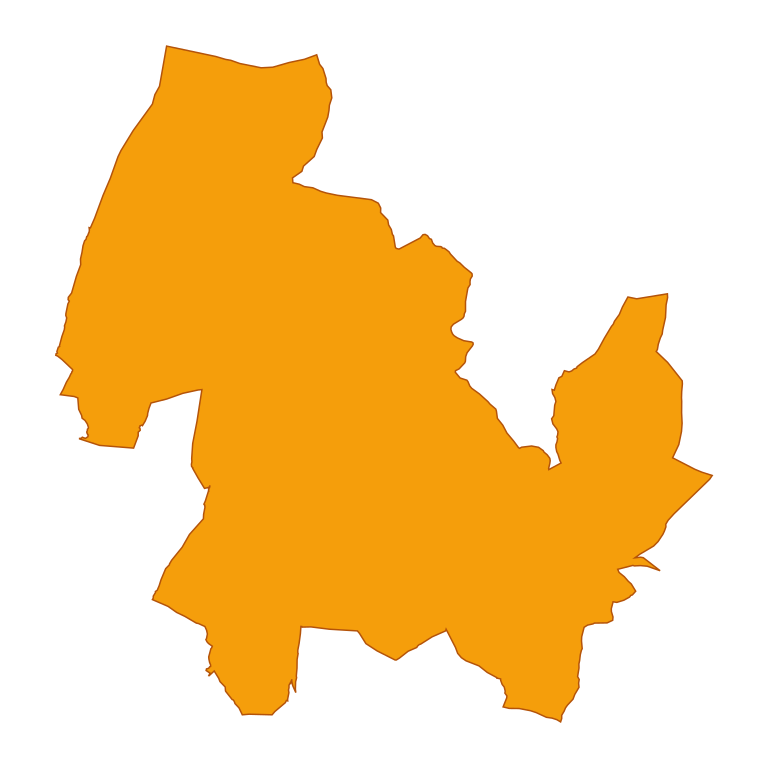 Vennesla nor, Vest-Agder, Norway (orthographic projection)
{"feature_id": "86288312B87147956600326", "entity_name": "Vennesla nor", "entity_type": "district", "adm_level": 2, "iso_a3": "NOR", "parent_name": "Norway", "parent_adm1": "Vest-Agder", "projection": "orthographic", "projection_center": [7.811, 58.34], "detail": "fine", "context": "isolated", "style": "filled", "palette": "amber", "viewbox_px": 768, "rotation_deg": 0, "n_neighbors": 0, "source": "geoboundaries", "source_scale": "gbopen_adm2", "svg_char_len": 6044}
<svg xmlns="http://www.w3.org/2000/svg" viewBox="0 0 768 768"><path d="M658.1,541.5L662.9,534.3L664.4,531.1L665.9,526.9L665.8,524.2L668.1,520.3L674.1,513.7L709.6,479.3L712.2,475.5L701.9,472.2L694.9,469.3L672.6,457.8L678.8,444.6L681.5,431.5L682.1,423.3L681.6,412.8L681.7,401.2L681.5,397.8L681.7,391.6L682.4,383.9L682.2,380.8L667.6,362.4L656.2,351.5L657.4,349.5L658.3,344.2L660.3,338.0L662.2,334.0L662.7,330.1L665.5,317.5L666.1,304.9L667.6,297.6L667.4,293.8L636.7,298.8L627.9,297.0L622.4,307.1L619.3,314.5L614.5,321.2L613.2,324.3L611.5,326.3L604.3,338.3L598.4,349.2L595.0,354.0L582.3,362.7L577.1,366.7L576.6,368.1L574.0,369.0L571.6,371.0L569.0,371.9L564.4,370.7L561.8,376.4L558.9,377.8L555.9,385.0L554.3,390.2L552.0,389.5L552.6,393.6L554.9,397.6L555.9,401.5L554.7,405.2L553.8,415.7L551.6,418.8L552.9,423.9L556.7,428.9L558.0,431.8L557.6,435.1L556.9,436.9L557.6,438.5L557.0,441.8L555.9,444.8L555.9,447.5L556.7,451.6L558.0,454.3L559.8,460.3L561.1,463.0L548.8,469.6L548.6,468.5L549.8,463.5L550.2,460.7L549.8,458.3L547.2,454.8L544.1,452.2L543.2,450.6L538.6,447.3L531.6,446.0L521.6,447.2L519.6,448.3L518.5,447.6L513.6,441.0L506.9,433.0L502.8,425.2L497.4,418.4L496.4,411.0L495.8,409.1L490.0,404.1L487.9,401.6L479.4,393.9L471.7,388.3L469.8,386.0L468.0,381.7L466.9,380.2L460.1,378.0L455.3,372.2L455.5,370.7L459.1,368.9L464.8,362.8L465.4,361.3L465.7,356.6L467.1,352.7L472.4,345.9L473.2,344.2L473.0,342.8L471.7,342.0L463.8,340.7L457.4,337.9L454.2,335.8L452.8,334.3L451.7,332.1L450.9,329.4L451.2,326.9L453.4,324.2L461.6,319.2L463.2,317.8L464.0,316.3L464.3,313.8L465.5,311.3L465.5,301.5L467.7,289.0L467.9,288.0L470.1,284.6L470.0,281.7L470.4,279.0L472.2,276.1L472.1,273.9L471.4,273.0L464.4,267.4L459.8,262.9L457.1,261.2L450.5,254.1L449.0,251.8L446.6,249.9L444.4,248.3L442.3,248.1L441.8,247.1L440.8,246.6L436.5,246.3L434.9,245.6L432.7,243.0L431.4,239.3L429.5,238.6L427.5,235.7L425.1,234.4L423.0,234.7L420.2,238.0L399.0,249.1L396.2,248.4L395.3,247.1L393.5,235.9L392.4,234.4L391.3,229.5L388.6,224.9L387.8,220.1L380.6,212.6L380.7,208.0L378.3,203.2L371.5,199.7L337.4,195.3L326.3,193.0L320.7,191.3L312.9,187.8L304.3,186.6L299.3,184.2L292.9,182.7L292.5,177.9L301.9,171.3L303.5,166.1L314.2,156.5L316.8,149.4L322.4,138.0L322.0,132.0L327.8,117.0L329.0,110.2L329.4,105.2L331.8,97.9L330.8,89.8L327.2,85.6L326.2,82.3L326.0,78.4L322.9,68.5L319.6,64.3L316.7,54.8L304.4,59.3L289.2,62.5L272.8,67.2L261.2,67.8L239.8,63.5L230.8,60.3L225.6,59.4L215.8,56.5L166.6,46.1L159.5,86.3L154.9,94.6L152.4,104.1L133.3,130.4L121.0,150.5L118.0,156.7L110.3,178.3L103.0,195.5L94.6,218.3L90.4,227.9L89.1,227.6L89.4,230.1L89.0,232.6L88.7,232.8L87.5,236.0L86.7,236.6L86.0,239.4L84.6,240.8L83.0,245.8L82.0,252.3L80.5,259.0L80.7,264.7L76.4,276.3L71.6,293.0L68.3,297.3L68.1,299.7L69.3,301.1L67.9,303.9L65.9,313.6L65.8,315.5L66.7,317.9L65.9,321.9L64.4,326.0L64.7,326.8L64.3,329.7L61.9,336.5L59.4,346.0L59.6,346.5L58.3,347.2L56.9,351.5L57.4,353.1L56.1,353.7L55.8,355.3L57.5,356.0L62.2,359.7L72.6,369.6L72.5,371.1L71.8,371.9L71.6,373.0L70.9,373.8L69.3,377.3L66.4,382.2L63.2,389.4L60.3,394.7L74.2,396.5L77.8,397.9L78.7,409.3L81.6,415.4L82.1,418.2L85.0,420.4L87.3,423.9L88.4,427.2L88.3,428.4L87.4,429.2L87.4,430.4L86.8,431.8L86.9,433.0L87.3,433.2L87.6,434.6L88.2,435.0L87.9,436.7L85.4,438.4L82.3,437.2L81.4,438.2L79.6,438.4L79.6,438.9L99.6,445.4L133.6,448.1L138.2,435.8L138.2,432.2L140.2,430.3L140.0,428.5L139.5,428.2L139.3,427.4L139.9,426.8L139.9,425.9L142.0,425.1L142.5,425.6L145.2,421.1L147.5,415.6L147.7,413.3L149.0,408.3L151.0,403.0L166.8,399.0L182.9,393.3L198.0,390.0L201.9,389.6L197.0,421.3L192.7,443.5L191.7,458.6L191.9,461.8L191.4,464.3L191.6,466.5L192.9,468.0L192.7,468.4L198.0,477.8L204.5,488.4L209.1,487.3L210.0,485.4L209.5,487.8L208.5,488.9L208.8,489.7L208.5,490.3L208.7,491.2L208.4,491.3L205.3,501.1L203.9,504.2L204.8,505.1L204.6,505.5L205.0,507.0L203.6,514.4L203.4,518.8L189.5,534.4L182.2,547.2L171.6,560.3L169.5,563.9L169.4,564.8L165.7,568.6L161.0,579.8L159.2,585.6L157.2,590.3L155.4,591.5L155.5,592.5L153.3,596.1L153.2,598.2L152.4,599.6L168.1,606.4L176.6,612.4L184.9,616.4L196.3,623.1L198.4,623.5L204.9,626.5L206.6,630.3L207.4,634.0L206.5,638.5L205.9,639.6L207.0,641.8L208.5,643.5L212.3,646.2L211.6,648.0L210.9,648.7L208.7,656.9L208.9,659.1L209.6,662.5L210.6,664.9L210.6,666.5L209.7,666.8L208.6,668.3L206.5,668.9L206.1,670.5L210.0,673.1L208.8,675.6L209.1,675.7L214.2,671.0L218.7,678.3L220.0,681.6L225.2,687.0L225.5,690.9L225.8,691.5L232.1,699.5L233.3,700.0L234.3,701.5L235.0,703.6L239.0,707.9L242.3,714.8L249.1,714.2L272.1,714.8L274.9,711.5L285.3,702.7L286.4,700.5L287.7,700.9L287.6,699.2L288.9,692.7L288.5,690.0L289.0,687.7L289.0,685.2L289.8,683.7L290.6,683.6L290.4,682.6L290.9,682.5L290.9,681.8L291.9,679.3L291.7,681.0L292.8,685.8L295.8,692.6L295.4,689.2L295.6,681.8L296.6,677.7L296.3,676.0L297.0,668.1L297.1,659.6L298.1,653.5L297.8,652.7L297.8,650.2L299.1,643.4L300.4,633.7L300.9,626.4L301.9,626.5L302.2,627.1L310.9,626.9L329.3,629.2L357.4,630.9L359.5,633.4L365.9,643.6L377.1,650.9L395.1,660.0L396.3,660.0L399.4,658.1L408.2,651.2L416.7,647.5L417.8,645.8L419.2,644.6L420.7,644.1L432.2,636.8L445.6,630.9L446.1,629.2L455.5,647.5L457.7,653.4L461.4,657.7L466.0,660.8L479.0,665.9L487.2,672.4L496.8,677.6L496.8,678.1L500.6,678.9L500.7,680.5L502.2,684.5L504.2,687.0L505.2,691.1L504.9,693.1L506.9,695.9L506.7,697.9L503.1,706.9L509.2,708.4L519.1,708.5L530.5,710.7L536.2,712.6L546.4,717.3L552.0,718.1L556.9,719.7L560.6,721.9L561.7,718.6L561.7,715.3L564.1,711.2L565.5,707.9L567.4,705.2L573.0,699.2L574.8,694.4L579.0,687.3L578.6,683.1L579.2,679.5L577.6,676.6L579.0,668.0L578.9,663.9L579.6,660.7L580.3,654.7L581.4,650.3L582.2,648.7L581.5,640.9L581.7,636.7L584.1,627.3L587.6,625.1L593.0,623.9L594.4,623.1L607.1,622.9L612.7,620.3L613.0,617.0L611.4,611.6L611.3,608.7L613.1,601.8L616.8,602.4L623.9,600.2L629.5,597.1L630.8,595.4L632.4,594.9L635.7,591.2L631.3,584.0L628.3,581.3L624.4,576.8L619.1,572.5L617.7,569.3L632.9,565.4L634.3,565.9L640.4,565.6L647.1,566.2L660.1,570.7L643.3,557.7L640.6,557.2L634.9,557.8L639.7,554.3L653.7,546.0L658.1,541.5Z" fill="#f59e0b" stroke="#b45309" stroke-width="1.5"/></svg>